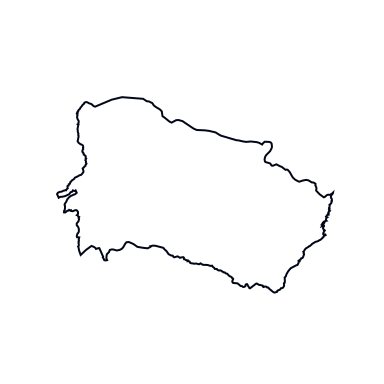 the district of Sigsig, Azuay, Ecuador, rotated 245°
{"feature_id": "8360857B4650736479610", "entity_name": "Sigsig", "entity_type": "district", "adm_level": 2, "iso_a3": "ECU", "parent_name": "Ecuador", "parent_adm1": "Azuay", "projection": "natural_earth1", "projection_center": [-78.88, -3.133], "detail": "fine", "context": "isolated", "style": "outline", "palette": "ink", "viewbox_px": 384, "rotation_deg": 245, "n_neighbors": 0, "source": "geoboundaries", "source_scale": "gbopen_adm2", "svg_char_len": 5930}
<svg xmlns="http://www.w3.org/2000/svg" viewBox="0 0 384 384"><g transform="rotate(245 192 192)"><path d="M247.1,68.8L243.1,68.8L243.3,70.4L242.5,72.5L241.9,75.2L241.9,79.2L242.1,80.2L243.1,81.8L242.9,83.6L243.8,84.7L242.6,85.9L242.4,86.4L242.6,87.2L240.1,87.2L240.1,86.6L239.5,85.7L239.4,84.7L239.6,83.9L239.6,80.2L239.1,78.2L238.0,75.8L236.4,74.0L234.9,71.6L234.1,71.0L233.3,71.1L231.1,70.1L229.3,68.9L229.0,68.1L227.6,67.4L227.0,68.5L227.7,71.1L227.2,72.6L227.7,73.1L226.9,73.9L226.7,74.6L225.9,74.4L225.0,75.8L224.9,78.1L224.6,79.3L223.8,79.9L222.7,80.2L221.9,80.2L220.2,79.3L219.7,78.0L219.4,78.3L218.0,78.6L217.1,79.2L216.4,78.2L215.3,78.3L213.3,76.6L212.3,74.3L210.7,73.5L209.9,73.6L209.0,74.0L207.3,74.0L205.7,73.6L203.8,72.6L202.9,71.4L202.8,70.7L200.7,68.9L199.6,68.7L198.5,70.6L196.7,69.2L196.0,69.1L195.1,68.3L194.7,68.4L193.9,67.6L192.7,67.4L191.2,66.7L190.7,65.7L190.1,65.8L186.5,64.9L182.0,64.5L184.3,71.5L185.6,78.0L184.4,79.3L182.7,80.5L181.9,80.9L181.0,80.9L180.5,84.1L180.2,84.3L170.8,84.1L170.4,83.5L168.6,83.8L167.6,83.6L166.8,84.2L166.3,85.3L166.1,86.3L168.2,86.4L170.9,88.0L171.7,88.8L172.6,91.4L173.5,92.2L174.2,93.1L173.9,94.8L173.2,96.3L170.8,99.1L170.2,101.4L170.1,102.7L170.2,104.4L170.6,105.4L171.3,106.8L173.2,109.4L174.1,111.1L174.1,111.5L173.3,113.7L169.5,117.0L165.4,119.3L162.4,123.6L159.7,128.0L159.8,130.9L160.0,131.8L160.4,131.7L160.3,132.1L159.9,134.0L158.6,136.3L153.8,142.1L152.8,142.7L152.0,142.7L149.2,143.9L145.6,144.5L143.3,146.2L142.4,147.7L141.0,147.8L140.3,148.4L139.8,151.6L139.0,152.4L137.7,153.0L137.4,153.4L137.4,154.1L136.6,156.6L135.9,156.9L134.4,156.4L133.8,157.2L132.8,157.8L132.2,158.7L131.3,158.6L131.4,159.6L130.4,159.9L129.8,160.5L129.1,160.3L128.4,160.5L127.4,161.6L126.9,162.7L126.2,163.4L125.3,165.7L123.7,167.6L123.5,168.0L123.7,169.6L121.5,171.0L119.2,175.4L117.2,177.5L116.7,179.1L115.6,179.1L114.1,180.0L112.7,180.1L111.7,182.0L110.8,182.1L109.9,182.8L109.4,183.3L109.2,184.3L108.0,185.5L107.0,185.8L106.5,186.4L105.7,186.8L105.3,187.7L104.1,188.1L103.0,189.4L100.3,190.2L98.2,191.9L96.8,192.0L96.3,192.6L95.8,192.6L94.0,190.7L92.6,190.6L92.1,191.0L89.9,194.7L86.2,196.4L85.5,197.6L84.4,198.1L83.9,199.3L84.1,200.6L85.3,201.4L85.5,202.2L85.2,203.0L80.7,203.4L80.2,203.9L81.7,210.7L81.8,211.4L81.7,212.0L79.4,213.6L79.1,214.3L77.1,216.6L76.3,216.3L75.6,216.7L75.6,218.1L74.5,219.6L73.6,219.8L73.2,220.7L71.4,221.2L67.1,223.3L66.1,224.1L65.8,225.0L65.6,227.0L66.2,227.3L66.5,227.9L66.3,230.3L67.2,232.0L66.8,233.3L66.9,234.2L68.0,235.8L70.4,236.7L70.5,236.8L70.4,237.4L71.5,238.3L75.4,239.9L75.9,241.4L77.0,242.3L78.4,244.0L79.8,246.2L81.2,249.3L81.5,255.6L81.3,256.7L82.4,258.3L83.6,259.1L83.7,259.8L84.3,259.7L84.1,260.3L84.8,260.4L85.0,261.2L84.9,261.8L85.8,263.1L85.5,263.7L85.7,264.7L88.1,267.2L89.0,267.2L89.4,267.7L90.8,267.6L91.1,268.5L92.4,270.4L92.8,271.6L93.0,274.3L93.3,274.7L93.3,276.5L93.6,277.0L93.7,278.0L94.2,278.8L94.6,282.7L94.2,285.8L94.5,286.9L94.4,288.2L95.2,291.0L95.6,291.3L95.6,292.0L96.4,293.1L96.5,294.9L97.3,294.8L97.6,293.3L98.5,293.1L99.5,293.8L101.0,296.0L101.6,295.4L102.1,295.7L102.8,295.4L103.9,295.4L104.8,296.3L105.1,297.0L105.6,297.3L106.2,296.5L106.2,295.4L106.9,296.3L107.0,297.1L107.6,298.0L108.0,296.5L108.4,297.2L108.8,297.5L108.7,298.2L109.2,298.5L109.4,299.2L109.1,299.8L109.4,300.4L109.1,301.7L109.7,301.5L110.6,301.9L111.7,302.8L111.9,303.8L112.6,303.1L113.0,303.0L113.3,303.8L113.8,304.3L114.0,305.1L113.7,306.0L114.3,306.1L114.3,306.6L114.7,306.8L114.9,306.2L115.3,306.4L116.3,307.6L116.7,309.0L117.5,308.5L118.1,308.6L118.5,309.5L119.0,309.2L119.7,309.4L119.9,310.0L121.4,311.0L122.2,311.1L122.3,311.9L122.7,312.3L122.9,313.3L123.8,314.0L124.1,314.6L124.9,314.6L125.1,315.2L126.8,315.8L128.1,315.5L129.8,316.3L131.1,319.0L131.8,319.5L131.3,318.1L131.2,315.6L132.0,314.3L132.2,313.0L131.4,310.3L131.5,309.2L136.0,306.7L140.5,305.2L141.1,305.2L142.4,306.2L143.6,306.6L146.2,306.7L147.1,307.4L148.0,307.0L149.3,306.1L150.0,304.7L153.4,302.4L154.7,300.6L155.5,297.6L156.0,293.6L157.0,292.6L159.6,290.7L161.7,289.8L163.2,289.4L168.7,289.0L171.7,288.1L172.2,287.5L172.6,286.1L176.8,284.0L178.3,282.5L181.4,280.2L181.6,276.9L181.9,275.7L182.4,275.3L184.4,275.0L185.2,274.6L188.1,271.2L189.2,271.1L191.0,271.6L193.0,273.2L194.1,274.8L196.0,280.0L197.8,282.4L198.9,283.4L200.0,283.9L202.2,284.6L203.4,284.4L204.0,284.0L204.9,282.9L206.8,279.2L206.3,277.3L205.4,275.6L208.2,273.6L209.8,271.8L212.9,266.7L214.5,262.3L216.2,259.7L219.1,256.0L220.1,254.2L230.7,242.2L231.8,241.3L236.1,238.5L240.3,233.1L242.4,229.8L246.2,222.5L249.0,220.1L260.3,213.3L263.0,210.1L263.8,207.9L263.5,202.8L265.6,201.2L271.0,198.6L273.1,197.3L277.9,198.7L280.6,197.7L284.4,195.1L286.5,194.0L289.3,193.6L292.1,191.4L293.5,189.3L297.1,187.1L307.5,168.7L309.6,158.3L310.3,140.2L311.5,139.1L314.2,138.0L316.1,136.0L317.4,135.2L318.3,134.0L318.4,132.1L317.6,131.4L317.2,129.7L316.0,127.7L315.8,126.9L314.5,125.2L314.3,124.0L313.7,123.1L313.4,123.1L312.9,121.9L312.4,121.9L312.4,121.4L312.1,121.0L311.6,121.2L311.5,120.8L310.3,120.8L310.2,120.5L309.8,120.5L308.3,119.4L306.1,119.1L304.4,119.3L303.3,118.9L302.6,118.2L301.4,117.8L301.5,117.1L301.0,117.3L300.7,117.2L297.4,114.8L295.7,114.4L294.8,113.9L293.1,113.8L291.9,113.0L291.3,113.1L290.8,112.7L290.1,112.6L286.4,109.8L284.6,110.0L282.3,111.2L281.8,111.9L280.2,112.8L278.6,112.4L278.4,112.0L277.8,111.7L276.9,111.6L276.1,110.4L274.8,109.6L273.6,110.1L272.9,109.8L272.3,110.0L271.6,109.7L271.3,110.1L269.3,110.8L267.6,109.9L267.0,110.2L266.0,108.8L264.7,108.9L263.4,108.2L262.4,108.4L261.8,107.7L261.5,106.9L260.6,106.2L260.5,105.2L260.0,104.4L259.6,102.9L256.9,102.5L255.8,101.8L254.4,98.9L254.7,96.9L254.4,94.5L254.5,92.0L253.5,90.3L253.4,88.8L253.2,87.9L252.5,86.8L252.5,86.0L251.1,84.9L251.1,83.5L250.0,82.9L250.0,81.7L248.8,81.1L247.8,80.9L247.4,79.3L246.8,78.7L247.2,78.2L247.2,76.9L247.5,76.2L247.4,74.3L248.0,71.9L248.0,70.1L247.1,68.8Z" fill="none" stroke="#020617" stroke-width="2"/></g></svg>